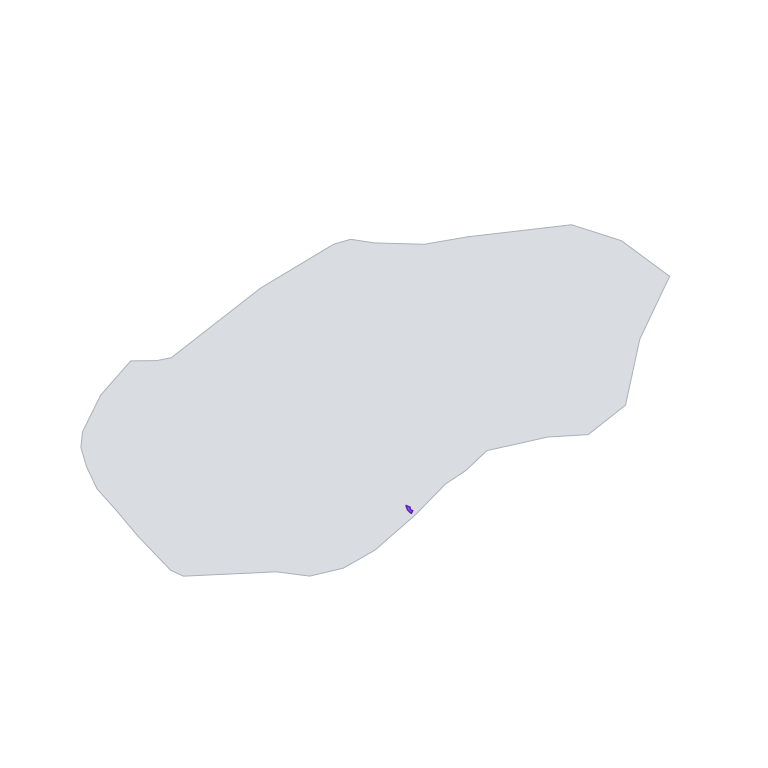 15, Ad Dawhah, Qatar (highlighted), rotated 64°
{"feature_id": "91078587B20152806481978", "entity_name": "15", "entity_type": "district", "adm_level": 2, "iso_a3": "QAT", "parent_name": "Qatar", "parent_adm1": "Ad Dawhah", "projection": "albers", "projection_center": [51.541, 25.276], "detail": "fine", "context": "in_parent", "style": "filled", "palette": "violet", "viewbox_px": 768, "rotation_deg": 64, "n_neighbors": 0, "source": "geoboundaries", "source_scale": "gbopen_adm2", "svg_char_len": 867}
<svg xmlns="http://www.w3.org/2000/svg" viewBox="0 0 768 768"><g transform="rotate(64 384 384)"><path d="M413.2,671.8L381.8,679.6L352.3,687.9L327.8,687.6L308.0,684.2L294.9,676.0L269.8,643.6L252.2,601.5L263.3,578.2L267.1,563.6L243.7,452.9L236.3,368.0L239.3,350.6L253.1,330.6L276.1,286.5L288.5,243.9L323.1,145.6L359.3,107.8L412.4,80.1L455.9,134.5L508.9,176.2L519.0,222.6L503.3,260.5L489.0,320.7L497.6,348.4L500.8,372.4L515.2,412.7L529.3,464.9L531.7,501.3L524.1,535.0L505.5,563.3L468.8,648.5L457.9,657.4L413.2,671.8Z" fill="#d9dde1" stroke="#a8b0b8" stroke-width="1"/><path d="M512.2,416.0L510.4,413.8L509.8,414.4L509.2,414.9L508.7,415.1L508.0,415.2L507.6,415.2L506.7,414.9L506.3,414.7L506.2,414.6L503.0,417.3L503.7,417.7L505.7,417.8L507.1,418.0L507.4,418.0L509.2,417.4L510.9,416.9L512.1,416.1L512.2,416.0Z" fill="#8b5cf6" stroke="#5b21b6" stroke-width="1.5"/></g></svg>